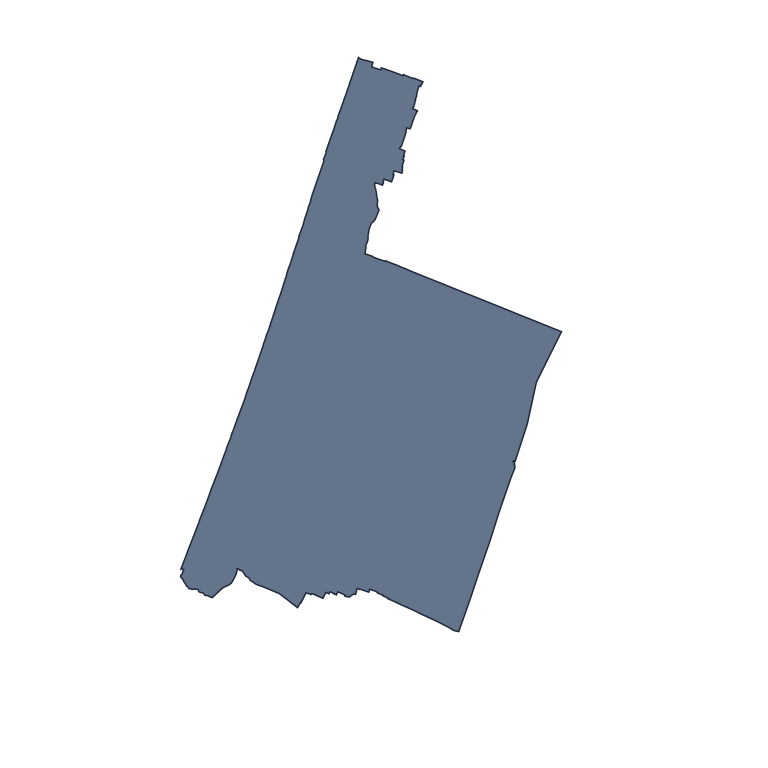 the district of Ranot, Thailand, rotated 212°
{"feature_id": "78962969B50456220611467", "entity_name": "Ranot", "entity_type": "district", "adm_level": 2, "iso_a3": "THA", "parent_name": "Thailand", "parent_adm1": "", "projection": "albers", "projection_center": [100.333, 7.777], "detail": "fine", "context": "isolated", "style": "filled", "palette": "slate", "viewbox_px": 768, "rotation_deg": 212, "n_neighbors": 0, "source": "geoboundaries", "source_scale": "gbopen_adm2", "svg_char_len": 6039}
<svg xmlns="http://www.w3.org/2000/svg" viewBox="0 0 768 768"><g transform="rotate(212 384 384)"><path d="M189.4,213.6L197.0,247.7L202.5,270.2L211.0,307.3L218.5,336.4L226.8,372.6L228.5,382.2L229.1,382.8L229.1,383.1L229.5,383.6L229.5,383.8L230.3,384.1L230.3,384.4L230.7,384.7L230.8,384.9L230.7,385.4L231.4,386.0L233.0,386.4L233.6,386.8L233.6,387.0L233.4,387.1L233.4,387.4L233.1,387.4L232.6,387.8L232.2,387.7L231.8,388.0L241.3,426.1L255.7,466.2L261.2,522.4L421.3,493.9L427.2,493.1L431.8,492.2L436.2,491.6L442.8,490.2L448.1,489.3L448.0,488.7L455.7,486.8L458.6,486.2L461.3,485.8L461.4,486.2L469.0,484.4L470.1,486.6L471.3,489.6L472.4,491.2L472.8,491.8L473.1,492.9L473.4,495.7L474.1,497.9L474.6,498.9L475.6,500.5L476.3,501.7L477.3,504.3L478.3,506.5L478.9,508.5L479.4,510.8L479.8,514.1L479.4,515.0L479.0,516.1L478.7,518.4L478.7,519.5L479.1,521.4L480.0,526.8L480.4,528.9L480.8,529.3L482.9,530.4L484.0,531.5L484.6,532.3L486.2,535.4L487.0,536.7L489.9,539.5L490.8,541.0L494.2,544.7L496.6,546.7L497.2,547.6L498.4,549.9L493.5,551.3L490.9,551.7L490.7,551.8L491.1,554.4L491.6,554.3L492.5,557.7L484.8,559.4L484.7,559.5L486.3,566.5L487.2,566.4L487.3,566.4L487.8,568.3L488.4,569.9L488.4,570.1L480.5,572.3L481.5,575.0L482.0,575.1L482.4,576.4L483.0,576.7L483.3,578.1L484.0,578.0L485.6,584.4L485.8,584.5L486.9,584.3L487.0,584.3L487.4,586.1L487.2,586.6L487.5,587.9L487.6,588.1L488.3,587.9L488.5,588.0L489.2,591.2L489.4,591.7L489.3,592.1L489.4,592.5L489.6,592.6L489.8,592.7L495.3,591.8L495.5,591.8L495.6,592.0L495.7,592.8L495.6,593.5L495.7,594.2L495.6,594.3L495.2,594.5L495.1,594.9L495.4,595.6L497.9,606.3L498.2,607.0L498.7,609.1L499.0,609.7L499.5,609.9L500.4,613.4L497.2,614.1L497.2,615.3L497.6,617.3L498.7,621.7L499.2,624.4L500.1,628.0L500.1,629.9L500.5,632.3L500.2,633.1L500.3,633.4L500.5,633.5L503.7,633.0L505.4,632.6L505.7,632.7L505.8,633.6L505.7,634.5L506.3,637.3L506.6,638.3L507.0,638.9L507.4,640.8L507.5,641.3L507.9,641.4L508.4,642.8L509.0,645.8L509.3,645.9L509.7,647.1L510.3,647.8L511.8,653.9L512.1,655.5L510.6,655.8L511.0,657.5L511.0,657.9L510.8,658.2L511.1,660.9L520.5,659.3L520.6,659.2L520.6,658.7L520.9,658.6L529.8,656.9L531.5,656.7L531.3,655.5L539.1,654.0L552.1,651.2L553.9,650.6L553.5,650.2L553.0,648.7L555.1,648.1L556.9,647.9L558.9,647.1L561.1,646.9L562.6,646.5L563.1,647.8L563.3,649.2L563.7,650.3L563.9,650.6L563.9,650.9L570.3,649.1L570.3,648.9L571.7,648.4L573.9,647.8L574.9,647.4L576.0,647.3L578.6,647.4L578.4,646.7L578.3,645.6L577.9,644.6L577.9,643.6L576.7,639.7L576.7,639.2L576.8,638.9L576.6,638.6L576.3,637.5L575.8,634.8L575.2,632.7L575.1,631.5L574.4,629.4L573.9,626.8L573.7,626.4L572.7,621.2L572.4,620.3L572.2,619.9L572.0,619.1L571.9,618.5L571.6,617.5L571.4,616.1L570.8,613.5L570.4,612.2L570.2,611.7L570.0,610.3L568.9,605.4L568.8,604.3L568.5,603.2L568.2,602.6L568.0,601.8L568.0,601.0L567.7,600.0L567.6,599.0L567.4,598.8L566.8,595.5L566.4,594.6L566.0,591.6L564.8,586.6L564.6,585.8L564.1,584.8L563.9,584.0L563.7,581.6L562.2,576.1L556.7,551.2L556.6,550.7L556.0,549.9L555.4,548.3L554.3,542.2L554.1,542.0L553.4,541.7L553.0,541.2L552.9,540.9L552.5,538.5L549.2,524.0L544.7,504.6L544.0,502.7L543.9,501.6L542.9,499.5L542.1,495.0L541.7,493.4L541.0,491.9L540.2,488.0L538.7,481.8L536.8,475.7L535.2,467.7L534.7,465.3L534.6,464.6L534.4,464.3L533.7,462.5L532.9,459.3L530.1,447.3L530.2,446.6L530.0,446.3L529.8,446.3L529.7,446.0L528.6,441.8L527.2,436.3L526.6,433.3L526.5,432.2L524.7,425.2L524.2,424.5L523.9,423.7L523.4,420.8L521.1,412.1L520.5,409.4L519.7,406.6L516.8,393.7L513.0,378.6L512.5,376.0L512.2,375.4L511.9,373.9L511.0,370.8L510.0,366.0L510.0,365.4L509.4,362.2L508.9,361.1L507.4,354.0L506.5,351.3L506.4,350.3L505.7,347.8L505.1,344.9L504.8,343.8L503.5,337.9L502.7,334.7L501.3,328.1L500.6,326.2L500.6,325.4L499.6,320.5L498.0,313.8L497.1,309.9L496.5,307.6L496.5,307.1L495.6,302.6L495.2,301.7L494.0,296.8L491.0,282.1L490.9,281.3L490.4,279.4L490.2,277.5L489.0,272.6L487.4,265.2L486.5,259.9L485.8,258.4L484.6,251.7L484.1,249.7L484.1,248.8L483.5,246.1L482.8,244.0L482.8,243.0L482.3,241.4L481.9,238.9L480.6,232.9L480.2,230.7L479.4,227.7L479.0,225.0L477.5,217.9L476.8,213.5L476.0,209.9L474.8,203.1L473.6,198.2L470.8,184.5L468.4,171.3L467.7,168.9L461.8,137.7L460.2,130.3L459.6,126.6L458.8,123.2L458.4,120.7L458.0,119.3L457.5,120.0L457.1,120.2L455.8,120.6L455.6,120.5L455.4,120.3L455.3,118.7L454.7,117.1L454.6,116.4L454.6,115.8L454.9,114.6L454.9,113.9L454.7,113.3L454.4,112.8L454.1,112.6L453.2,112.2L451.0,111.7L449.3,110.4L446.6,109.4L445.0,108.2L444.6,108.1L442.8,108.0L441.5,107.2L441.1,107.1L440.7,107.2L439.6,107.9L438.5,107.9L437.8,108.2L435.9,109.5L434.8,110.5L432.8,111.1L432.4,111.0L431.3,109.9L430.7,109.7L428.3,110.2L427.3,110.7L426.6,110.9L425.8,110.8L424.8,110.2L424.0,109.9L423.4,110.0L422.1,110.8L421.4,111.0L417.6,111.5L416.5,111.8L416.2,112.3L415.8,114.4L412.9,125.1L412.2,126.6L409.4,130.8L408.2,133.3L407.9,134.3L407.9,135.7L408.3,142.0L408.9,145.3L409.9,148.2L410.7,149.5L410.1,150.0L409.7,150.0L408.8,149.8L407.5,149.7L406.8,149.8L405.9,150.4L405.5,150.4L402.0,149.1L401.1,148.5L399.7,147.9L397.8,147.8L396.9,148.0L396.3,148.0L395.6,147.8L393.9,146.8L392.9,146.6L389.6,146.6L387.1,146.3L386.1,146.4L385.3,146.6L383.5,146.8L380.8,147.6L368.4,149.7L364.5,150.3L362.3,150.7L358.6,150.5L356.4,150.2L350.2,149.7L347.0,149.3L338.8,148.5L338.8,150.1L339.0,154.2L339.0,154.3L338.5,154.3L338.4,154.4L339.3,164.0L339.6,165.4L338.1,165.8L337.4,166.1L334.2,166.8L334.4,167.6L334.2,167.9L330.1,168.9L329.8,169.0L329.7,168.8L328.8,168.9L322.1,169.9L322.9,176.4L319.5,176.9L319.7,179.2L315.7,179.8L315.7,179.4L312.6,179.9L313.0,183.2L313.0,183.3L305.2,184.4L305.0,183.5L304.8,183.4L303.5,183.6L303.1,184.0L300.6,184.8L299.8,186.9L298.4,189.9L296.7,190.4L296.6,190.6L298.4,196.3L296.0,196.9L295.9,196.9L295.9,197.2L295.5,197.3L286.6,199.4L287.3,202.4L281.2,203.8L279.1,203.9L279.0,203.3L272.7,204.3L272.6,203.8L266.6,204.5L266.6,204.0L259.2,205.1L250.8,206.0L247.4,206.6L239.6,207.7L231.0,208.5L214.3,210.6L207.2,211.3L199.8,211.9L195.0,211.8L191.8,212.6L190.3,213.4L189.7,213.4L189.4,213.6Z" fill="#64748b" stroke="#1e293b" stroke-width="1.5"/></g></svg>